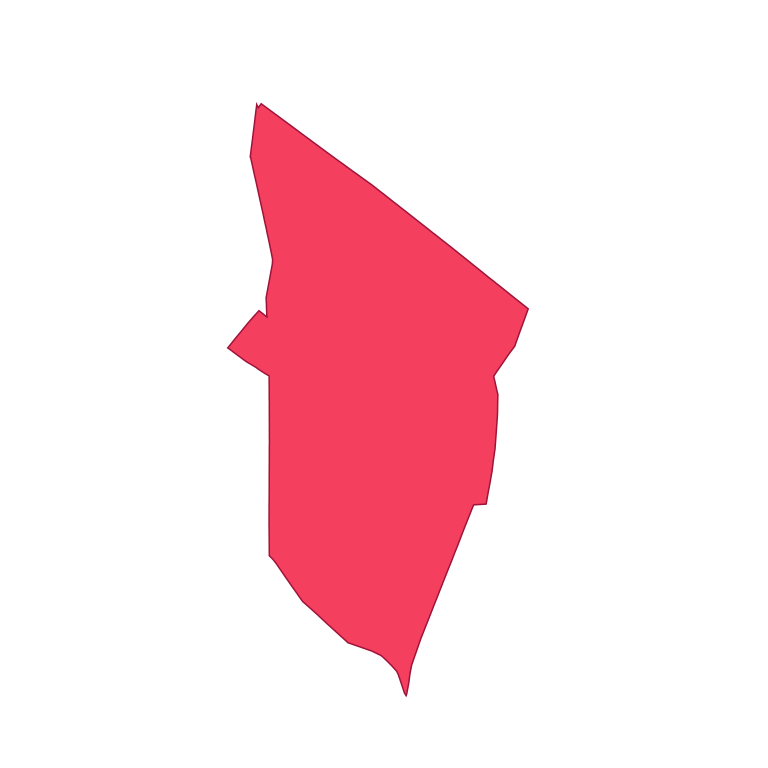 Comuna 15, Ciudad de Buenos Aires, Argentina (Robinson projection), rotated 73°
{"feature_id": "61730980B90079701589370", "entity_name": "Comuna 15", "entity_type": "district", "adm_level": 2, "iso_a3": "ARG", "parent_name": "Argentina", "parent_adm1": "Ciudad de Buenos Aires", "projection": "robinson", "projection_center": [-58.461, -34.59], "detail": "fine", "context": "isolated", "style": "filled", "palette": "rose", "viewbox_px": 768, "rotation_deg": 73, "n_neighbors": 0, "source": "geoboundaries", "source_scale": "gbopen_adm2", "svg_char_len": 3856}
<svg xmlns="http://www.w3.org/2000/svg" viewBox="0 0 768 768"><g transform="rotate(73 384 384)"><path d="M421.8,515.5L424.8,516.4L436.3,520.0L442.1,521.8L444.2,522.4L448.4,523.7L455.8,526.0L462.9,528.2L463.7,528.5L467.8,529.8L470.9,530.7L474.7,531.9L478.2,533.0L478.5,533.1L480.6,533.7L481.2,533.9L484.4,534.9L491.6,537.0L493.3,537.5L508.7,542.1L514.7,543.9L519.0,541.6L523.2,539.9L530.5,537.6L539.5,534.8L540.7,534.4L550.0,531.4L551.0,531.1L559.6,528.2L561.1,527.8L567.6,525.6L568.2,525.4L573.4,522.2L577.5,519.7L583.5,516.1L584.5,515.5L584.7,515.3L586.0,514.6L587.8,513.6L597.5,508.0L599.0,507.1L600.3,506.3L608.4,501.5L608.7,501.3L612.8,498.9L614.2,498.0L621.1,494.0L621.4,493.4L623.9,490.0L629.3,482.6L630.2,481.4L636.0,473.5L636.7,472.8L637.0,472.5L640.8,468.4L642.4,466.6L644.0,465.4L644.5,465.1L649.1,462.5L649.2,462.4L653.4,460.2L654.4,459.7L655.0,459.3L662.5,455.8L664.2,455.6L665.1,455.4L666.2,455.3L676.4,455.0L685.5,454.8L688.5,454.0L687.2,453.0L677.3,447.8L668.3,443.7L666.7,442.8L661.3,440.0L661.0,439.8L660.7,439.6L652.6,433.7L644.4,427.7L643.2,426.8L643.0,426.7L637.6,422.7L636.5,421.8L636.0,421.4L632.5,418.6L628.8,415.7L620.2,408.8L612.1,402.4L611.9,402.2L611.2,401.7L606.7,398.1L605.0,396.7L597.8,391.0L592.3,386.6L591.2,385.8L584.0,380.0L576.9,374.3L575.6,373.2L575.4,373.1L573.6,371.6L573.3,371.4L573.2,371.3L572.7,370.9L566.8,366.3L561.0,361.6L553.9,356.0L551.5,354.2L543.7,348.0L535.7,341.6L527.3,334.9L525.8,333.5L528.7,321.5L528.4,321.3L528.2,321.2L526.9,320.5L518.2,316.1L515.2,314.5L508.3,310.9L501.0,307.2L499.3,306.3L499.2,306.3L498.9,306.1L498.4,305.9L497.9,305.7L492.3,303.2L490.4,302.4L489.3,301.9L488.7,301.6L486.2,300.4L482.3,298.6L479.0,297.0L478.5,296.8L476.7,296.1L470.8,293.8L470.0,293.5L469.5,293.3L463.3,290.9L459.4,289.4L449.3,285.5L445.2,284.0L440.8,282.6L431.9,279.7L430.4,279.2L427.4,278.2L427.2,278.2L421.3,277.8L412.6,277.1L411.9,277.1L409.5,276.9L408.7,276.9L406.1,273.7L405.4,272.9L398.1,263.6L393.2,257.5L392.2,256.3L386.0,247.8L384.8,247.0L372.3,237.7L364.4,231.7L354.3,224.1L348.9,227.8L347.3,228.9L340.9,233.3L334.9,237.4L327.7,242.3L320.6,247.2L319.4,248.0L313.5,252.1L312.4,252.9L307.3,256.3L306.3,257.0L305.9,257.2L305.2,257.7L299.2,261.8L297.4,263.0L296.5,263.7L296.3,263.8L291.8,266.8L280.0,274.9L278.6,275.8L275.3,278.1L272.0,280.3L268.6,282.7L266.0,284.5L264.2,285.8L256.9,290.8L256.0,291.4L254.7,292.4L250.8,295.1L249.8,295.8L242.0,301.2L235.4,305.8L234.5,306.4L234.0,306.8L227.0,311.6L222.3,314.9L219.6,316.8L214.1,320.6L213.1,321.4L204.9,327.0L196.8,332.7L191.6,336.3L190.2,337.3L185.7,340.7L180.2,344.9L175.9,348.1L171.7,351.4L167.4,354.6L163.1,357.8L154.6,364.3L152.8,365.6L150.3,367.5L146.0,370.7L141.7,373.9L139.9,375.2L137.4,377.1L128.7,383.5L120.1,389.9L110.3,397.1L100.2,404.6L91.8,410.8L90.2,412.0L81.3,418.6L80.1,419.5L83.0,423.4L79.5,424.0L82.3,425.2L84.6,426.3L85.5,426.7L92.8,429.9L101.1,433.6L105.5,435.6L108.1,436.7L109.2,437.3L109.9,437.5L118.7,441.5L127.9,445.6L128.3,445.3L130.9,445.5L146.6,446.8L156.4,447.5L159.9,447.8L160.3,447.9L161.0,447.9L163.5,448.1L173.2,448.9L181.0,449.5L186.0,449.9L193.5,450.6L198.9,451.0L199.1,451.0L202.5,451.3L204.1,451.5L207.6,451.8L209.1,451.9L211.8,452.1L219.0,452.8L221.5,453.0L232.1,454.1L233.4,454.5L235.6,455.3L236.8,455.8L242.2,458.6L252.4,463.9L260.3,468.0L267.2,471.6L269.4,472.1L275.1,473.6L275.6,473.8L285.7,476.4L284.5,477.2L283.6,477.8L277.3,482.1L281.4,489.0L285.8,496.1L290.7,503.4L291.0,503.8L296.8,512.6L303.8,522.9L311.2,517.4L311.6,517.1L314.2,515.2L320.6,510.5L321.3,509.9L322.1,509.4L331.0,501.3L332.8,500.1L339.7,494.3L342.6,491.5L343.7,491.8L352.8,494.5L353.3,494.7L354.5,495.0L364.0,497.9L366.2,498.5L370.2,499.7L372.7,500.5L377.1,501.8L386.9,504.8L388.1,505.1L394.2,507.0L398.2,508.2L399.1,508.5L406.2,510.6L409.3,511.6L410.1,511.9L418.3,514.4L421.8,515.5Z" fill="#f43f5e" stroke="#9f1239" stroke-width="1.5"/></g></svg>